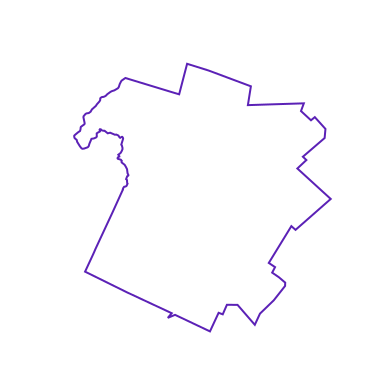 Rutland, Vermont, United States of America, rotated 23°
{"feature_id": "52423323B74682295131774", "entity_name": "Rutland", "entity_type": "district", "adm_level": 2, "iso_a3": "USA", "parent_name": "United States of America", "parent_adm1": "Vermont", "projection": "robinson", "projection_center": [-73.236, 43.575], "detail": "fine", "context": "isolated", "style": "outline", "palette": "violet", "viewbox_px": 384, "rotation_deg": 23, "n_neighbors": 0, "source": "geoboundaries", "source_scale": "gbopen_adm2", "svg_char_len": 2073}
<svg xmlns="http://www.w3.org/2000/svg" viewBox="0 0 384 384"><g transform="rotate(23 192 192)"><path d="M86.1,113.1L83.7,117.0L83.5,117.9L83.3,120.9L83.6,123.9L83.3,125.4L80.8,128.8L78.9,130.4L77.9,131.6L75.8,135.1L75.1,137.0L74.4,138.0L73.4,139.0L72.1,139.7L71.1,141.0L71.0,141.8L71.6,143.4L71.4,144.9L70.2,148.4L70.1,148.8L69.9,150.2L67.6,155.1L67.3,157.7L66.1,159.7L64.4,160.7L63.8,161.3L63.4,162.0L62.6,164.7L62.9,165.7L66.3,170.6L66.5,171.3L66.4,171.8L64.3,175.4L64.3,176.0L64.9,178.0L65.1,179.6L63.9,181.4L62.0,185.1L61.6,186.1L61.7,186.6L62.6,188.0L63.3,188.4L65.5,189.1L66.7,190.7L70.8,193.6L72.7,194.7L73.5,195.0L74.3,195.0L75.7,194.2L78.4,191.7L78.7,191.2L79.0,190.1L78.7,187.6L78.7,182.3L80.8,181.0L82.3,179.4L82.6,178.7L82.7,178.2L81.4,175.3L81.9,174.4L83.5,172.4L83.6,172.2L82.6,170.8L82.8,170.1L83.9,170.0L84.5,170.4L85.1,170.5L87.4,170.0L87.6,169.8L91.5,170.9L93.5,169.4L98.6,169.4L100.0,168.7L102.2,168.8L103.9,170.0L104.7,170.2L105.8,168.7L106.3,168.5L107.0,168.9L107.6,169.5L107.8,170.1L108.4,176.1L109.2,176.5L110.8,178.6L111.3,179.8L111.3,181.7L111.1,183.6L110.9,184.2L109.6,186.5L111.2,187.5L111.3,187.7L110.5,188.6L110.2,189.6L110.4,190.2L110.8,190.4L113.9,190.1L115.2,190.8L115.3,191.8L115.8,192.3L119.4,193.3L121.3,194.7L123.3,196.4L125.4,200.0L126.9,201.3L126.9,201.9L126.2,202.8L126.3,205.9L127.2,206.2L127.6,206.6L127.9,207.3L129.2,209.7L129.4,209.7L129.4,210.8L129.3,212.1L128.7,212.9L127.5,213.7L127.2,214.9L127.2,216.6L127.5,216.8L127.4,218.5L126.9,238.2L126.8,242.0L125.4,282.2L125.4,282.5L125.4,285.5L125.3,289.4L124.7,307.1L171.9,309.8L220.7,311.5L218.9,317.3L224.4,311.7L263.0,313.3L263.7,292.8L268.1,292.6L268.2,282.2L278.0,278.1L301.7,289.7L302.1,277.4L309.6,259.7L314.4,242.1L313.2,239.0L305.2,236.5L297.3,234.9L297.8,228.7L290.4,227.3L296.0,190.0L296.8,184.6L302.1,186.4L322.4,144.2L279.8,129.2L284.8,117.9L280.3,116.2L293.0,90.5L290.2,81.8L275.8,75.1L273.5,79.5L260.7,74.9L260.3,66.7L230.2,80.6L209.5,90.2L204.9,71.7L159.8,73.7L137.4,75.9L142.0,107.1L133.0,108.1L86.1,113.1Z" fill="none" stroke="#5b21b6" stroke-width="2"/></g></svg>